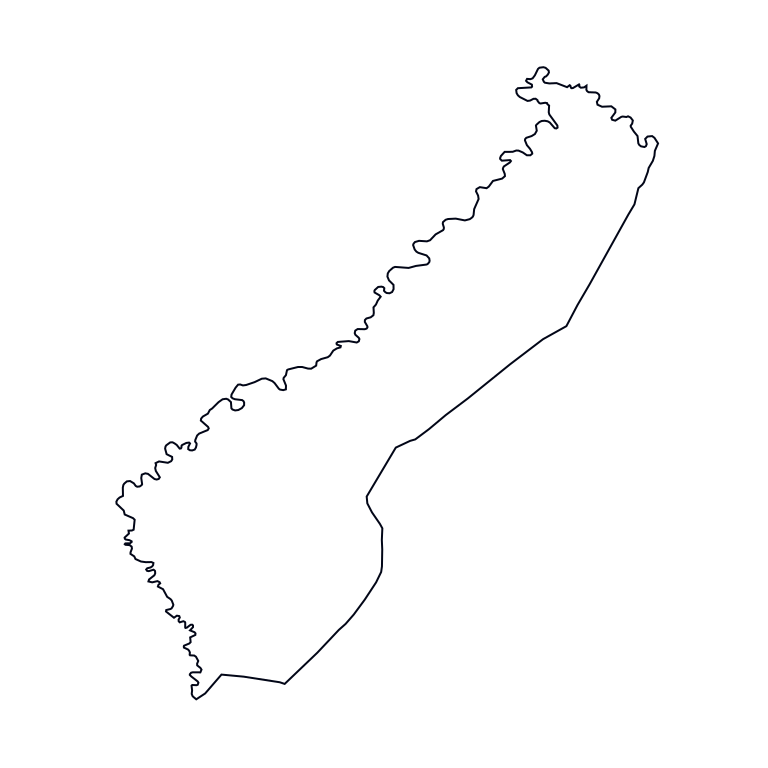 outline of Orxon, Darhan-Uul, Mongolia, rotated 3°
{"feature_id": "93677404B93316443433377", "entity_name": "Orxon", "entity_type": "district", "adm_level": 2, "iso_a3": "MNG", "parent_name": "Mongolia", "parent_adm1": "Darhan-Uul", "projection": "equal_earth", "projection_center": [106.003, 49.72], "detail": "fine", "context": "isolated", "style": "outline", "palette": "ink", "viewbox_px": 768, "rotation_deg": 3, "n_neighbors": 0, "source": "geoboundaries", "source_scale": "gbopen_adm2", "svg_char_len": 6099}
<svg xmlns="http://www.w3.org/2000/svg" viewBox="0 0 768 768"><g transform="rotate(3 384 384)"><path d="M300.5,688.7L331.5,655.8L351.8,631.9L358.2,625.6L365.8,615.9L376.1,600.3L386.5,582.5L391.0,571.9L391.5,566.3L390.9,549.3L390.0,539.9L389.9,528.2L387.3,524.0L378.7,512.8L373.6,504.1L372.6,497.3L399.1,446.9L413.1,439.4L418.1,437.7L431.3,426.7L447.3,411.8L468.5,394.0L508.9,357.7L540.5,330.9L563.1,316.7L573.1,295.0L584.2,273.5L619.1,202.1L624.7,191.5L627.8,175.1L631.5,171.4L633.0,169.1L636.3,158.5L637.0,154.4L640.8,147.1L642.1,142.1L642.3,137.0L645.1,129.4L641.2,124.0L638.8,122.4L634.2,123.1L632.0,125.6L633.8,130.7L633.1,132.8L631.7,133.7L628.2,133.2L626.4,131.9L625.4,130.4L624.2,123.1L620.3,118.8L617.0,114.2L616.8,113.2L618.2,111.0L618.7,107.8L616.3,105.0L613.7,103.9L612.1,104.7L608.4,104.4L607.0,104.8L601.2,108.9L598.0,108.2L597.1,106.3L600.8,100.7L600.7,97.7L596.5,94.8L587.2,95.7L582.6,93.9L581.8,91.1L583.9,87.5L584.1,85.2L583.5,83.7L581.9,82.4L580.2,81.8L573.0,81.9L571.5,80.9L570.7,79.6L570.6,75.5L568.3,77.3L565.1,77.8L563.4,76.7L563.5,75.2L563.1,74.6L557.3,78.5L556.0,78.8L555.2,78.4L554.5,76.4L553.8,75.9L551.3,78.0L540.6,74.5L533.4,75.2L528.9,74.7L527.8,73.8L526.6,71.4L528.4,68.9L529.8,68.3L531.4,66.4L532.4,64.3L532.0,62.4L528.8,59.8L526.6,59.3L522.7,60.0L521.3,61.3L518.5,67.9L516.4,71.0L514.3,71.9L510.9,71.8L510.0,73.8L511.4,75.2L516.0,77.3L516.3,79.3L515.6,80.1L502.2,81.6L500.6,83.4L501.2,86.6L502.6,88.7L504.6,90.3L512.5,93.8L515.1,93.3L518.3,91.4L520.5,91.2L522.4,92.5L522.7,93.5L524.5,95.4L525.7,95.7L530.3,94.7L532.2,95.0L532.5,96.0L534.3,97.3L534.3,104.0L535.0,106.2L543.6,116.8L543.9,118.9L542.7,119.8L541.1,119.6L535.9,114.2L533.7,113.1L530.7,112.7L527.7,113.1L525.5,114.3L522.6,117.2L522.2,118.0L523.3,123.1L521.6,126.5L518.4,128.7L513.2,130.7L512.1,132.1L512.0,133.3L514.2,138.0L517.5,141.5L519.7,144.8L520.0,146.2L518.2,147.9L514.7,148.1L510.5,145.5L506.2,143.9L503.9,143.9L500.3,145.4L492.3,145.9L488.8,150.2L488.1,152.4L488.3,153.3L490.0,154.8L498.2,153.8L499.1,154.7L498.2,156.1L492.3,160.5L491.7,161.8L491.4,163.1L493.6,167.9L493.9,170.1L491.2,172.7L482.2,175.5L478.3,181.4L476.2,183.1L469.4,182.4L466.2,184.5L465.8,186.8L468.1,190.9L468.8,194.3L464.9,204.6L464.6,210.5L464.0,212.2L462.8,213.5L461.0,214.9L456.2,216.4L447.0,215.1L439.3,215.9L436.9,216.8L434.4,219.3L434.3,221.0L435.6,224.5L435.6,226.0L435.0,227.2L427.7,231.9L422.5,238.0L419.4,239.3L411.5,239.2L407.5,240.6L406.2,242.3L405.8,243.7L407.6,248.1L409.4,250.1L411.4,251.2L419.8,253.4L422.6,256.2L423.1,258.6L422.8,260.0L421.2,262.0L420.1,262.5L409.8,264.4L402.5,266.8L388.9,266.5L386.9,267.4L383.4,270.8L382.0,273.3L381.8,276.6L383.6,280.3L388.3,284.5L388.6,288.8L387.3,291.7L384.8,293.1L382.0,293.0L380.6,292.3L379.1,290.9L379.3,288.3L378.2,287.3L376.4,286.9L373.1,287.4L369.9,290.6L369.5,291.7L369.8,293.1L374.7,295.6L376.1,297.0L373.4,301.0L371.8,305.1L369.5,308.0L370.1,313.6L369.8,315.9L367.2,318.1L363.0,319.5L361.6,321.1L361.6,323.0L364.4,327.3L364.5,328.4L363.7,329.6L361.9,330.3L354.8,330.5L352.5,332.2L352.1,334.7L352.8,336.3L356.4,339.2L357.1,340.4L356.6,342.7L354.6,344.0L346.6,343.0L335.7,344.4L334.5,345.6L334.5,346.4L335.0,347.1L338.9,348.3L338.6,349.7L335.1,350.9L331.6,353.3L328.5,358.5L326.4,360.2L319.9,362.4L316.0,364.8L315.5,365.9L315.3,369.2L310.5,372.5L307.4,372.6L301.4,371.3L297.3,371.5L287.5,374.5L286.4,375.3L285.6,380.3L283.5,383.1L283.3,384.5L286.2,390.7L286.3,394.5L283.7,395.4L280.4,395.0L279.2,394.2L274.7,388.8L272.4,387.0L265.6,384.6L261.7,385.1L254.7,388.9L246.4,392.2L243.2,392.8L240.4,392.0L238.3,392.3L236.0,395.4L232.3,402.5L232.1,404.9L233.5,406.2L235.8,407.0L243.2,407.5L244.6,408.5L245.3,409.8L245.4,412.5L243.3,415.5L239.9,417.6L236.7,418.2L234.0,417.4L232.9,416.3L232.1,410.1L229.1,407.6L227.2,407.0L223.6,407.7L219.7,410.8L213.6,417.5L211.4,419.1L209.7,422.8L204.8,426.0L203.2,428.1L203.0,430.1L210.6,436.1L211.3,437.5L210.4,439.2L202.0,443.2L200.1,445.2L198.5,449.8L198.4,451.4L199.9,453.2L200.0,454.6L199.5,457.3L198.4,459.4L195.9,460.4L193.6,460.3L191.9,459.3L191.9,457.0L193.4,453.5L192.4,452.7L189.7,453.2L185.6,455.5L185.1,456.1L185.0,458.2L184.5,459.0L183.3,459.2L180.2,455.7L178.0,454.3L175.9,453.3L173.6,453.5L169.8,456.6L169.1,457.8L168.8,460.0L170.6,465.5L176.2,467.9L176.5,470.4L175.5,472.2L172.3,474.0L163.4,473.1L160.0,475.0L160.7,476.8L159.9,479.9L160.7,482.8L165.0,488.9L164.0,490.6L162.0,491.3L159.8,490.9L153.0,486.1L150.3,485.7L146.9,487.2L146.5,490.6L147.7,496.7L147.2,497.7L145.4,499.1L142.9,499.5L141.4,498.8L139.4,496.3L135.5,494.2L132.3,494.7L129.8,497.1L129.0,498.5L128.6,501.2L129.2,509.4L125.9,511.2L124.0,513.1L122.9,515.5L123.2,517.6L130.7,524.0L131.9,527.9L140.4,531.1L142.1,532.6L141.6,542.6L139.9,543.5L136.5,543.8L137.1,546.7L133.0,550.9L133.3,552.1L134.2,552.8L138.0,553.3L140.2,554.3L140.3,554.9L138.7,556.4L134.1,556.7L133.5,557.5L134.2,558.1L138.4,558.2L140.5,559.6L140.9,561.6L139.7,565.3L139.7,566.9L143.6,569.2L145.0,571.8L150.6,574.0L155.5,574.4L161.1,574.0L163.1,574.8L162.9,576.9L162.1,578.2L160.5,579.4L157.2,580.4L156.2,581.7L157.2,583.0L158.9,583.2L163.6,581.5L165.0,582.5L165.3,583.7L165.4,585.2L164.7,587.0L159.6,591.5L159.1,593.5L162.9,594.2L168.1,592.7L170.3,593.7L170.9,594.8L169.3,596.2L168.8,598.1L174.1,600.5L178.6,607.9L182.1,610.0L183.4,611.4L185.2,615.5L184.9,616.8L183.6,619.2L182.5,619.9L178.4,621.1L178.2,622.6L186.5,628.4L189.3,626.2L191.7,626.5L192.3,627.9L191.2,630.0L191.4,631.7L192.5,632.7L196.0,631.4L197.6,632.0L198.0,632.8L198.2,637.5L198.5,638.0L199.9,637.6L203.4,634.6L205.0,634.4L205.9,635.1L206.0,636.8L203.2,640.2L207.8,641.8L208.8,642.9L208.7,644.5L203.7,647.2L204.4,651.9L203.2,653.3L198.0,655.8L197.8,656.4L198.0,657.7L202.2,659.4L203.3,660.5L204.2,662.2L204.1,664.6L204.6,665.1L208.7,665.1L210.5,666.2L213.0,670.3L212.0,673.1L212.2,674.8L215.5,677.1L216.7,678.8L215.7,681.6L208.2,681.9L206.5,682.4L205.3,684.0L205.3,684.7L206.8,686.1L213.5,690.8L214.3,692.0L213.7,694.1L212.5,694.6L208.3,694.6L207.6,695.3L208.4,700.0L208.2,703.6L209.3,705.9L213.0,708.7L221.6,702.4L236.9,682.7L259.2,683.6L295.5,687.3L300.5,688.7Z" fill="none" stroke="#020617" stroke-width="2"/></g></svg>